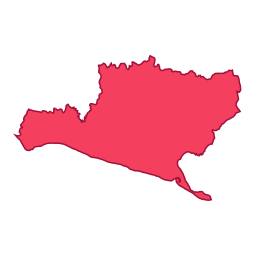 Parrita, Puntarenas, Costa Rica (Equal Earth projection)
{"feature_id": "36466004B95019586049956", "entity_name": "Parrita", "entity_type": "district", "adm_level": 2, "iso_a3": "CRI", "parent_name": "Costa Rica", "parent_adm1": "Puntarenas", "projection": "equal_earth", "projection_center": [-84.334, 9.549], "detail": "fine", "context": "isolated", "style": "filled", "palette": "rose", "viewbox_px": 256, "rotation_deg": 0, "n_neighbors": 0, "source": "geoboundaries", "source_scale": "gbopen_adm2", "svg_char_len": 5753}
<svg xmlns="http://www.w3.org/2000/svg" viewBox="0 0 256 256"><path d="M192.6,71.0L190.5,70.9L187.9,73.5L186.4,73.7L185.1,74.3L184.9,74.7L184.2,74.7L183.2,74.4L182.0,74.4L181.4,74.1L180.9,73.4L180.6,72.4L180.2,71.9L178.7,71.9L175.1,71.2L174.5,71.3L174.0,71.8L173.1,71.3L172.5,71.3L172.3,71.6L172.0,71.6L171.7,71.3L171.6,69.6L170.6,69.1L168.8,68.9L166.7,69.3L165.1,69.3L164.4,69.6L163.8,70.2L162.7,70.6L161.5,70.3L160.2,69.6L159.9,69.1L159.6,68.3L159.5,66.5L159.0,65.8L159.0,65.1L158.6,64.5L157.8,64.5L157.3,65.5L156.3,66.5L155.0,66.4L154.5,66.6L154.1,66.5L153.9,65.8L153.9,64.7L154.5,62.7L154.9,60.2L154.9,59.3L154.6,58.4L154.0,57.6L152.1,56.9L150.1,55.8L149.2,57.8L149.1,58.6L149.3,59.8L149.1,60.2L148.3,60.5L147.3,61.5L146.7,61.7L146.0,61.6L145.5,61.1L144.0,61.2L142.6,62.7L140.8,64.2L139.3,64.9L138.3,65.1L136.2,63.8L135.8,63.3L134.7,63.1L134.0,62.3L132.3,62.0L132.1,62.6L132.3,63.2L132.3,64.4L132.0,66.1L131.4,66.3L129.4,65.6L129.3,66.4L129.7,67.3L128.9,67.9L128.7,69.2L128.4,69.4L127.1,69.2L126.7,68.3L125.9,65.6L125.5,64.8L124.4,63.5L121.9,63.5L120.7,63.7L119.9,65.2L119.3,65.9L119.0,67.6L117.0,68.2L116.4,68.2L116.0,67.8L115.8,67.4L115.7,66.2L114.7,64.6L114.1,64.6L113.4,65.3L112.5,65.5L111.6,64.6L111.3,63.3L110.3,64.4L109.9,66.1L109.7,66.5L109.0,66.3L108.5,66.6L107.8,67.5L107.0,67.6L105.4,64.4L104.3,63.6L103.6,63.3L101.1,65.3L99.0,65.1L98.5,65.7L98.5,66.2L99.1,67.2L99.2,67.9L99.2,68.8L98.8,70.6L98.8,72.4L100.3,73.9L100.8,74.9L101.1,76.2L101.1,76.9L100.7,78.2L99.3,81.3L99.3,82.7L99.6,83.8L100.4,85.7L100.1,87.6L101.4,89.0L102.1,91.1L102.2,92.2L101.4,93.3L99.6,94.2L99.1,95.2L99.2,98.3L97.4,99.9L96.7,103.5L96.2,104.3L95.0,104.6L92.2,103.8L90.7,103.7L90.1,104.4L89.7,105.2L89.7,105.7L90.5,106.1L90.8,106.5L90.8,107.0L90.4,108.4L91.1,109.2L91.2,110.0L90.9,110.3L89.8,110.6L89.7,111.3L88.1,112.4L87.3,113.4L86.9,115.0L86.0,115.2L85.9,118.0L85.4,118.1L84.7,117.3L84.5,117.9L84.5,119.0L85.2,120.9L85.0,121.5L83.8,121.5L82.8,120.3L82.2,120.3L81.8,122.2L81.6,122.2L80.5,119.8L79.0,118.7L78.7,117.9L79.0,117.4L79.0,116.8L77.8,116.4L78.1,115.7L79.8,114.4L79.8,113.9L79.6,113.5L79.1,113.3L77.4,113.2L77.3,112.4L77.6,111.2L77.6,110.6L76.4,110.6L75.2,110.3L76.0,108.9L76.0,108.6L73.6,108.4L73.7,108.1L74.0,107.4L73.0,107.4L72.1,108.0L71.5,108.0L70.7,107.5L70.3,107.0L69.1,106.4L68.4,104.7L67.8,104.3L66.3,105.5L65.8,108.5L65.4,109.9L64.4,112.0L63.4,112.7L62.6,111.8L61.9,109.7L61.6,109.4L60.1,109.0L58.7,109.9L57.1,110.1L56.3,109.1L54.5,109.0L54.5,108.3L53.9,108.6L53.8,111.9L53.7,112.4L53.3,113.1L52.1,112.8L51.2,112.1L49.8,111.5L49.5,111.6L48.4,112.9L47.9,112.9L47.1,112.4L46.2,111.4L43.0,110.7L42.7,110.8L41.7,112.1L41.2,112.4L40.1,112.0L32.8,110.7L31.6,110.1L29.3,109.8L28.9,109.2L27.4,111.2L26.7,114.0L24.9,116.0L24.4,116.8L23.7,118.8L23.7,119.4L24.0,119.9L23.9,121.0L20.7,125.0L20.7,125.8L20.9,126.1L22.3,127.0L22.5,127.4L22.0,128.0L20.6,128.1L19.9,129.7L19.3,131.6L19.4,132.2L20.6,133.5L20.6,134.9L19.3,135.6L18.2,135.8L17.1,135.8L15.4,135.2L17.9,138.1L19.7,139.6L20.6,140.7L21.7,143.1L22.7,144.5L23.1,145.5L25.3,149.1L26.0,149.7L26.7,150.1L27.6,150.4L29.9,150.4L31.3,149.4L32.6,149.4L33.5,148.4L33.8,147.6L34.3,147.2L36.3,146.6L41.1,146.1L43.4,144.8L46.7,143.5L49.7,143.1L58.6,143.2L63.2,144.0L65.6,144.9L73.2,148.7L76.3,149.7L78.3,150.9L80.6,151.7L81.6,152.3L86.7,154.3L89.5,156.0L90.1,156.6L91.4,157.1L97.8,158.1L98.6,158.5L101.8,159.3L108.0,161.9L112.5,163.0L114.6,163.2L117.5,163.9L119.8,164.2L122.4,165.1L123.3,165.7L127.1,166.8L128.1,167.4L129.8,169.0L134.8,170.7L139.1,171.0L143.0,172.3L145.6,172.8L152.1,174.7L154.5,175.1L156.5,176.1L158.4,176.4L162.3,178.7L164.8,179.8L170.4,180.8L171.4,180.8L173.0,180.0L174.3,178.8L175.6,178.5L176.3,178.0L177.3,177.7L178.6,177.9L179.5,178.4L180.0,179.5L180.2,180.3L180.2,181.4L180.0,182.0L179.2,182.1L179.1,181.2L179.4,179.7L179.3,179.2L178.2,178.2L176.9,178.0L176.1,178.6L175.9,179.2L176.5,182.3L178.7,184.8L180.6,186.2L182.9,187.3L184.7,188.6L193.4,193.5L194.2,194.4L198.0,197.3L200.0,198.4L202.2,199.2L208.0,200.2L208.7,200.2L211.2,199.7L210.6,197.7L210.0,196.1L208.0,195.0L206.2,194.7L204.9,194.2L203.7,193.3L202.3,191.7L199.8,191.6L197.9,192.2L194.0,191.9L190.5,189.8L189.3,186.8L189.0,186.1L188.3,185.3L187.5,183.3L186.8,182.7L185.1,180.0L184.8,178.3L182.7,173.1L182.2,172.6L180.6,169.4L178.7,167.4L178.1,166.5L177.5,164.6L177.4,162.8L177.7,161.3L178.0,160.5L179.0,159.6L180.4,159.3L181.6,156.6L183.4,154.2L186.4,152.1L188.5,151.8L190.1,152.3L191.1,153.1L193.6,153.2L194.6,153.9L195.6,154.9L196.0,154.6L196.3,153.7L196.5,153.6L196.8,154.0L196.9,154.6L197.5,155.4L198.2,155.4L199.0,155.7L199.4,155.6L200.3,153.8L201.2,154.0L201.4,154.9L201.7,154.9L203.0,153.8L203.2,152.4L204.6,151.3L204.8,150.9L204.9,149.3L206.0,148.2L206.3,147.3L206.6,147.2L207.5,146.0L210.5,144.0L211.8,144.2L212.1,144.0L213.6,139.6L214.0,138.8L214.5,138.4L214.5,137.4L214.0,135.3L213.9,133.6L213.4,132.6L213.0,132.2L212.7,132.2L212.5,131.9L212.3,130.5L212.5,129.9L212.9,129.9L214.3,130.6L216.1,130.5L216.9,130.1L217.7,129.4L218.3,129.4L219.4,128.8L219.9,126.9L220.8,126.4L221.0,125.5L221.6,124.9L221.9,124.0L222.5,124.0L223.5,123.5L226.5,120.3L229.4,119.0L231.5,117.7L233.0,117.0L234.7,115.3L235.4,114.0L236.1,113.0L240.1,111.5L239.0,109.7L237.5,108.2L237.2,107.5L236.1,105.2L236.0,104.1L236.6,102.6L238.5,99.2L237.0,91.4L238.9,92.3L239.4,92.1L240.6,90.3L240.6,88.3L240.2,85.3L239.3,82.2L238.9,79.0L238.1,76.6L237.2,75.8L233.8,75.7L233.0,74.1L232.4,70.2L231.7,70.6L229.0,70.3L227.5,71.7L226.8,72.1L225.4,72.1L223.7,73.3L215.6,73.4L214.9,73.7L212.8,75.2L212.1,76.0L211.1,78.3L210.6,78.9L209.1,79.0L208.1,79.5L206.8,79.5L205.0,78.5L203.2,76.7L202.2,76.6L201.7,77.0L201.0,77.1L200.4,75.4L198.8,75.5L197.7,76.5L196.5,76.4L196.1,76.1L195.0,73.3L192.6,71.7L192.6,71.0Z" fill="#f43f5e" stroke="#9f1239" stroke-width="1.5"/></svg>